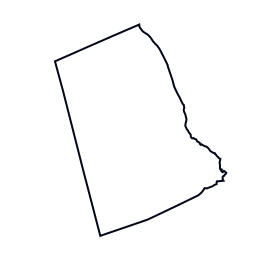 the district of Lepa, Atua, Samoa, rotated 245°
{"feature_id": "51752279B44290724889134", "entity_name": "Lepa", "entity_type": "district", "adm_level": 2, "iso_a3": "WSM", "parent_name": "Samoa", "parent_adm1": "Atua", "projection": "orthographic", "projection_center": [-171.529, -14.024], "detail": "fine", "context": "isolated", "style": "outline", "palette": "ink", "viewbox_px": 256, "rotation_deg": 245, "n_neighbors": 0, "source": "geoboundaries", "source_scale": "gbopen_adm2", "svg_char_len": 1380}
<svg xmlns="http://www.w3.org/2000/svg" viewBox="0 0 256 256"><g transform="rotate(245 128 128)"><path d="M39.9,192.3L41.4,192.1L43.6,193.1L44.0,193.5L44.1,195.0L44.8,196.0L45.3,197.7L46.1,198.2L47.2,197.4L48.0,197.3L48.7,196.5L47.9,195.2L49.3,194.4L50.3,194.5L50.8,195.3L51.7,194.2L52.4,194.3L55.9,195.8L58.1,196.5L61.0,198.7L62.6,197.4L63.4,197.5L65.1,196.6L66.5,196.5L67.6,195.9L68.6,196.0L69.3,194.9L72.3,192.9L76.0,192.2L78.2,191.0L78.8,190.1L80.9,188.5L82.3,187.6L82.1,186.8L83.4,186.4L84.4,186.7L86.7,185.0L88.7,185.0L90.0,183.8L91.2,183.1L91.2,182.4L91.8,181.6L93.2,181.2L95.6,182.0L98.8,181.2L100.3,181.3L101.8,180.8L105.6,180.8L108.2,182.4L110.5,184.3L111.5,184.8L116.3,185.7L118.9,185.7L120.5,186.0L121.7,186.7L122.6,187.6L123.8,187.8L125.1,188.3L126.6,187.8L129.2,187.7L133.9,187.7L137.9,187.4L142.7,187.3L146.3,187.4L151.2,188.3L154.0,188.7L163.1,189.7L167.0,190.1L168.4,190.5L170.1,190.5L176.1,190.4L183.8,190.1L186.8,189.9L190.4,189.2L192.9,188.2L195.8,187.4L200.7,186.6L203.8,185.6L208.9,182.4L210.5,181.9L214.0,181.2L215.1,181.2L217.0,181.9L217.9,151.9L218.5,125.9L219.3,90.0L189.2,84.8L109.0,69.6L88.2,65.8L74.6,63.3L42.0,57.3L36.7,106.9L36.8,126.4L37.0,145.7L37.3,163.4L38.3,167.0L39.3,169.1L41.1,172.1L40.0,173.7L39.6,178.1L39.5,180.7L39.9,182.2L39.7,184.5L41.8,185.7L42.1,186.2L41.4,187.6L39.9,192.3Z" fill="none" stroke="#020617" stroke-width="2"/></g></svg>